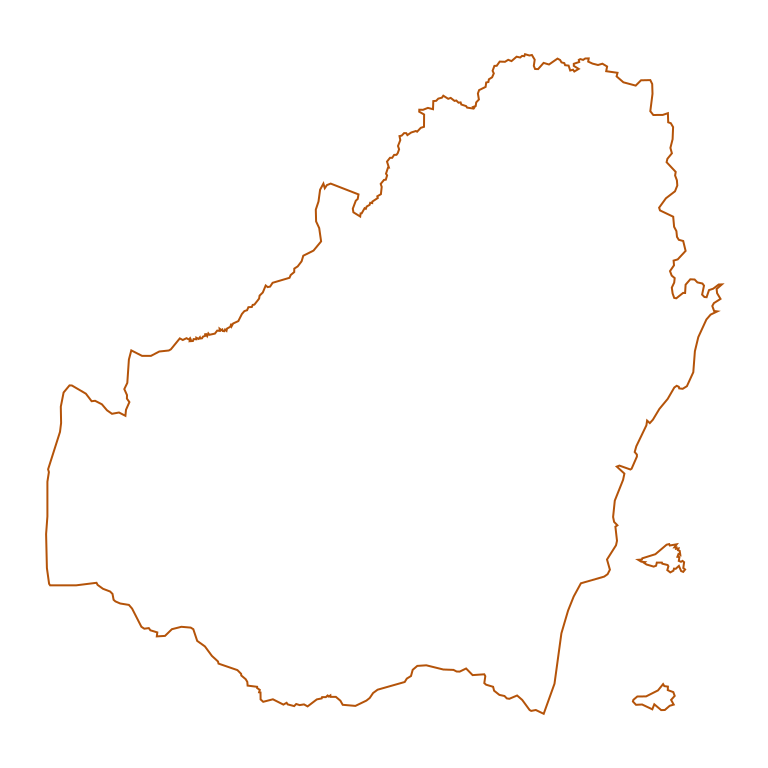 the district of Mkuranga, Pwani, United Republic of Tanzania
{"feature_id": "72390352B89793068246762", "entity_name": "Mkuranga", "entity_type": "district", "adm_level": 2, "iso_a3": "TZA", "parent_name": "United Republic of Tanzania", "parent_adm1": "Pwani", "projection": "mercator", "projection_center": [39.178, -7.246], "detail": "fine", "context": "isolated", "style": "outline", "palette": "amber", "viewbox_px": 768, "rotation_deg": 0, "n_neighbors": 0, "source": "geoboundaries", "source_scale": "gbopen_adm2", "svg_char_len": 6031}
<svg xmlns="http://www.w3.org/2000/svg" viewBox="0 0 768 768"><path d="M323.4,183.6L320.1,189.7L318.5,201.5L315.8,209.6L316.1,221.4L319.2,228.1L321.1,241.4L313.5,250.6L303.3,255.7L301.6,261.3L297.7,266.4L294.3,268.6L294.2,272.1L290.7,275.0L289.5,277.8L272.6,282.8L270.1,286.6L267.7,287.1L265.7,285.5L262.8,292.5L259.6,295.6L259.1,298.6L254.4,304.6L252.7,304.9L251.8,307.0L248.4,307.2L247.1,310.2L244.4,311.1L241.9,314.0L238.3,321.1L233.1,323.5L231.7,326.1L231.2,323.7L230.4,326.7L227.0,328.6L226.5,330.8L225.1,329.5L224.3,331.2L222.8,331.0L222.3,329.5L221.4,330.1L219.6,328.7L219.8,330.9L217.2,330.6L214.9,333.6L209.4,334.8L208.3,333.4L207.2,336.1L206.1,334.1L205.1,334.3L205.4,335.8L203.0,336.6L202.0,338.3L200.3,338.5L199.9,337.3L198.6,338.9L196.3,337.7L196.3,339.3L193.6,339.1L192.9,341.0L189.9,341.2L190.8,339.6L190.1,338.2L189.0,339.6L186.5,338.2L182.8,340.0L179.8,338.4L170.9,349.3L168.8,350.5L159.3,351.5L150.9,355.9L142.1,355.9L131.3,350.4L128.9,359.5L127.3,382.9L124.3,389.1L127.0,395.1L126.9,398.6L129.4,402.1L126.0,409.8L125.4,415.8L119.0,412.5L112.0,413.8L107.0,410.3L101.9,404.3L95.1,400.8L91.6,401.2L85.9,393.7L71.9,385.5L69.5,385.4L63.6,392.5L60.8,406.7L61.1,423.0L60.0,431.9L48.1,469.3L48.9,472.1L47.4,481.7L47.4,516.4L46.1,534.1L46.9,568.0L49.1,583.8L50.1,585.3L76.4,585.3L96.5,582.8L97.6,584.9L103.0,588.8L110.1,591.5L112.5,593.9L113.6,599.8L115.4,601.4L120.2,603.5L128.9,604.9L132.1,608.6L141.4,626.8L144.3,628.7L148.8,628.1L150.4,630.3L157.3,632.4L156.8,636.4L165.0,635.9L171.9,629.2L181.4,626.8L190.7,627.6L193.3,629.2L197.2,640.9L204.9,646.4L211.9,655.9L218.0,661.5L218.5,663.6L237.4,670.1L241.1,673.8L241.3,675.5L245.7,679.2L247.3,681.9L247.6,685.6L257.1,686.8L257.1,688.0L259.8,689.9L259.1,692.3L260.5,692.5L260.6,699.4L263.2,701.8L272.9,699.3L283.4,704.6L286.6,702.8L287.7,704.4L294.2,706.1L296.2,704.0L299.6,705.1L304.0,704.4L307.6,706.4L316.8,699.4L321.7,698.4L322.1,697.1L325.9,697.1L328.2,694.9L327.6,696.2L328.7,696.6L330.4,695.4L330.6,696.9L335.9,696.9L340.4,700.7L342.7,704.8L355.4,705.9L366.4,700.6L369.7,698.0L373.1,693.0L377.6,689.7L404.7,682.0L406.8,678.6L411.0,676.0L412.7,669.8L417.3,665.9L426.3,665.3L443.3,669.5L453.5,669.9L456.6,671.5L459.7,671.6L466.1,668.5L472.6,675.1L484.3,674.3L485.3,676.2L484.3,683.1L486.1,684.7L493.1,686.8L494.1,690.7L499.4,694.9L504.5,696.0L506.8,698.4L509.3,698.8L517.1,695.5L522.2,699.9L529.6,710.0L531.2,710.9L535.8,710.0L543.7,713.8L554.5,683.7L561.4,633.3L568.1,610.5L573.7,596.5L580.9,583.3L604.2,576.6L607.6,574.2L609.9,569.7L607.0,559.5L616.0,545.3L617.0,540.8L615.4,526.7L617.4,525.3L614.1,521.9L613.1,517.0L614.8,500.6L623.1,479.8L624.4,473.6L616.8,466.6L619.4,465.6L630.4,469.5L631.6,468.7L636.9,456.6L636.9,454.6L634.7,452.0L636.3,446.3L646.4,425.3L647.1,420.6L649.8,423.1L652.9,419.7L659.4,408.9L667.7,398.9L674.3,387.5L676.7,385.8L678.8,386.8L679.2,388.4L682.7,388.8L686.9,386.2L693.3,372.2L694.9,351.2L698.3,337.1L706.4,319.5L710.6,314.6L717.3,311.4L714.1,311.0L712.3,306.0L713.9,303.1L720.5,298.9L717.1,293.2L716.6,289.0L721.9,284.4L718.7,284.5L713.2,288.7L709.0,290.1L706.6,297.2L704.4,297.0L702.1,294.6L704.0,285.6L702.4,283.5L697.4,282.4L694.6,279.5L690.3,279.3L685.6,284.7L685.1,293.0L683.1,292.9L676.3,298.3L674.2,297.9L672.6,293.4L671.8,287.6L674.2,282.6L674.7,278.1L671.7,275.6L670.0,271.1L674.0,265.3L673.6,260.6L677.7,259.4L685.6,250.9L683.2,241.0L678.8,239.8L677.0,236.9L676.4,231.1L674.1,226.8L673.2,216.7L660.0,210.4L659.1,207.7L665.9,198.3L675.0,191.3L677.3,185.5L676.9,180.3L675.1,175.5L675.7,171.9L666.6,162.2L667.4,158.8L671.9,153.3L670.4,147.9L672.6,139.2L673.1,127.1L670.8,123.2L668.2,122.3L667.9,113.2L662.8,114.9L653.3,115.0L650.3,111.2L652.5,93.8L652.2,84.0L650.3,80.1L641.0,80.3L635.7,85.6L623.4,82.3L616.6,76.4L617.5,72.8L606.2,71.2L607.1,66.5L602.4,63.7L598.0,65.0L592.5,63.6L588.2,61.6L588.7,58.4L585.2,58.5L583.1,59.9L580.3,59.1L578.8,59.9L579.2,62.0L573.8,63.8L573.8,65.9L578.7,68.9L574.3,71.5L573.0,69.7L570.2,70.5L568.6,65.6L565.1,65.2L564.3,63.1L561.5,62.4L560.1,60.0L557.5,58.6L549.0,64.5L543.6,62.9L538.1,69.1L535.1,69.0L533.8,65.9L534.7,59.7L531.9,55.0L529.4,55.5L525.0,54.2L524.3,56.2L522.1,55.9L520.2,57.5L516.6,56.7L511.5,61.1L508.2,59.8L505.0,61.8L499.7,61.6L496.7,65.8L494.4,65.9L492.6,70.8L493.8,73.4L492.1,77.3L488.9,79.3L488.4,82.0L486.2,82.5L485.6,86.9L479.1,90.1L477.9,93.5L478.9,99.5L476.2,102.4L475.7,106.0L473.3,106.9L474.3,107.7L473.6,108.6L467.1,107.6L466.1,106.1L461.3,104.5L460.6,102.4L458.5,102.7L456.3,100.5L454.5,100.9L450.7,97.9L448.2,98.8L443.3,95.7L441.9,97.7L438.3,98.6L436.2,100.8L433.3,101.1L433.0,109.2L427.9,107.9L423.0,109.8L419.3,109.7L419.2,111.7L424.1,114.5L424.0,126.8L420.8,127.8L417.1,131.7L415.9,131.0L411.2,132.5L407.4,135.1L406.3,133.2L404.1,133.1L401.7,135.6L399.5,136.1L400.3,140.1L398.0,146.0L399.1,149.3L397.7,153.2L396.5,154.8L394.1,154.9L392.2,157.8L390.0,157.8L387.0,161.6L388.9,167.6L388.0,167.6L386.0,173.7L387.1,175.4L385.8,179.7L384.0,179.9L380.7,183.9L381.7,186.9L380.9,194.2L377.3,196.3L377.8,198.0L372.3,201.6L372.2,203.1L370.2,202.8L369.6,204.9L366.7,206.5L365.8,208.8L364.6,208.2L361.7,213.3L360.6,213.4L360.2,216.5L353.4,212.3L352.8,208.7L355.8,200.7L357.7,199.0L358.5,194.4L330.7,183.6L326.9,185.1L324.8,188.2L323.4,183.6ZM676.7,544.3L669.8,545.5L669.2,544.1L666.6,544.7L655.4,554.2L642.3,558.3L641.9,559.5L638.2,559.8L641.3,561.7L645.0,562.1L644.1,562.9L646.5,564.5L653.7,566.6L656.1,565.7L656.8,562.6L661.9,562.6L662.3,563.7L667.6,565.0L668.4,566.3L667.3,570.1L670.3,572.4L673.4,570.7L674.0,568.6L675.7,568.8L678.9,565.9L681.1,571.0L683.2,571.9L685.1,569.5L683.3,568.0L684.1,562.2L682.5,560.9L681.0,561.8L678.8,560.9L679.4,557.1L677.4,556.8L678.5,554.0L680.3,554.9L679.7,550.9L678.0,550.2L678.6,548.4L676.1,548.8L676.4,547.4L674.4,547.4L676.7,544.3ZM664.3,686.1L663.1,684.1L658.0,690.4L646.1,696.4L637.3,696.5L633.4,699.8L632.9,701.5L636.0,704.8L642.1,704.5L652.3,709.3L654.3,704.3L661.2,710.1L664.8,710.0L669.7,705.8L673.7,704.6L671.1,699.9L674.7,695.9L673.3,692.1L667.8,690.1L667.9,686.6L664.3,686.1Z" fill="none" stroke="#b45309" stroke-width="2"/></svg>